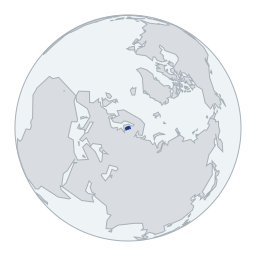 globe centered on Central Finland, rotated 71°
{"feature_id": "FIN-3177", "entity_name": "Central Finland", "entity_type": "Province", "adm_level": 1, "iso_a3": "FIN", "parent_name": "Finland", "parent_adm1": "", "projection": "orthographic", "projection_center": [25.479, 62.526], "detail": "fine", "context": "on_globe", "style": "filled", "palette": "blue", "viewbox_px": 256, "rotation_deg": 71, "n_neighbors": 0, "source": "natural_earth", "source_scale": "10m", "svg_char_len": 11218}
<svg xmlns="http://www.w3.org/2000/svg" viewBox="0 0 256 256"><g transform="rotate(71 128 128)"><circle cx="128" cy="128" r="113" fill="#eef3f6" stroke="#a8b0b8"/><path d="M25.2,82.0L27.1,78.1L44.9,52.0L48.1,48.7L50.2,46.8L66.8,35.3L54.7,42.7L59.1,39.2L64.6,35.5L63.9,36.3L70.9,33.0L76.3,30.2L84.9,28.5L90.6,31.5L87.4,32.2L89.2,33.0L93.3,32.2L95.6,31.5L107.2,34.4L120.9,34.4L125.2,32.2L124.3,34.5L132.3,29.2L139.7,28.5L131.4,30.6L130.6,32.0L135.6,32.1L135.8,33.5L138.4,34.4L138.3,36.2L133.4,37.5L133.2,38.7L136.8,38.7L138.9,40.6L133.7,40.3L136.8,43.7L129.3,46.8L115.5,45.3L111.3,49.1L97.0,53.2L98.3,54.5L93.8,57.1L93.6,59.7L91.0,59.8L93.1,61.8L95.5,61.1L97.2,61.8L97.3,63.3L94.0,63.7L93.5,63.0L92.5,64.0L90.9,63.6L91.8,64.6L87.8,65.1L91.8,66.9L88.7,69.1L86.1,68.8L86.2,65.9L80.4,58.5L77.8,57.6L73.8,59.1L66.7,67.9L63.8,68.3L60.0,70.9L61.6,72.0L65.2,70.3L67.2,73.2L71.4,71.0L72.8,71.9L77.1,71.1L76.6,74.4L73.7,78.3L70.1,79.2L68.8,81.0L72.3,82.8L65.6,87.4L61.4,95.5L59.7,96.4L56.2,93.1L56.0,86.0L51.4,82.3L54.5,88.0L50.1,90.5L49.4,92.4L49.7,94.3L51.4,94.7L49.9,96.4L46.4,91.1L47.6,89.6L48.8,91.2L48.6,87.9L46.2,84.7L44.2,86.4L42.7,80.2L41.2,81.4L40.1,80.8L42.5,79.3L38.1,82.0L36.0,76.2L30.0,81.2L35.8,73.6L37.8,69.6L39.8,65.3L38.8,66.0L42.7,59.7L44.0,56.0L41.0,57.4L37.0,62.0L32.9,68.4L33.3,68.8L31.2,73.3L29.3,74.1L25.2,83.1L23.7,85.6L22.0,89.9L20.8,93.7L19.2,99.1L19.3,100.3L18.9,104.5L17.6,107.5L18.4,107.8L17.5,112.2L17.4,122.9L17.1,122.7L16.9,135.3L18.6,147.0L19.0,151.5L18.6,151.7L19.7,155.6L19.7,156.6L25.7,172.1L30.2,181.6L31.1,184.6L29.3,182.3L25.5,174.6L22.2,166.7L19.6,158.5L17.6,150.1L16.2,141.6L15.5,133.1L15.4,124.5L16.0,115.9L17.3,107.4L19.2,99.0L19.7,97.1L20.5,94.3L20.6,93.9L25.2,82.0ZM28.5,82.1L23.8,94.3L24.9,88.8L25.0,89.5L26.5,86.1L28.7,80.6L30.1,76.2L28.5,82.1ZM30.0,84.2L30.6,82.3L30.2,84.0L30.0,84.2ZM96.6,31.0L93.4,32.1L89.6,32.3L92.2,31.3L96.6,31.0ZM103.9,31.1L102.4,31.9L100.6,30.7L102.0,30.6L103.9,31.1ZM128.2,30.4L125.5,30.6L128.0,30.0L128.2,30.4ZM138.8,34.3L139.5,33.8L140.5,34.5L138.8,34.3ZM77.2,69.3L77.1,70.2L76.3,69.9L77.2,69.3ZM79.0,68.2L78.1,67.2L78.9,66.5L79.4,67.1L79.0,68.2ZM141.3,37.9L142.7,39.2L140.4,38.0L141.3,37.9ZM80.0,69.5L80.3,65.4L81.7,64.3L84.9,65.7L80.0,69.5ZM143.0,40.1L146.7,43.6L148.5,42.8L145.4,47.1L143.3,42.7L140.2,41.3L142.5,41.2L143.0,40.1ZM96.2,60.3L93.6,61.0L95.6,59.1L96.2,60.3ZM97.1,58.9L100.8,52.1L104.7,51.9L102.6,54.1L107.5,52.8L107.5,56.0L104.8,57.5L102.3,57.0L104.2,58.6L97.1,58.9ZM143.1,49.1L143.3,50.1L142.2,49.3L143.1,49.1ZM98.0,61.9L98.4,60.5L101.8,60.2L101.5,62.9L100.5,62.2L98.0,61.9ZM108.8,51.0L111.2,51.3L111.9,54.0L112.9,54.5L107.8,56.1L108.8,51.0ZM99.8,63.0L101.3,64.4L99.8,65.9L97.8,63.3L99.8,63.0ZM102.8,59.0L104.3,59.0L103.4,59.9L102.8,59.0ZM95.4,72.4L95.9,70.6L97.6,70.2L95.4,72.4ZM102.0,64.8L102.5,64.2L103.2,63.9L103.9,65.1L102.0,64.8ZM108.7,57.9L108.4,59.0L110.8,57.3L111.4,59.3L107.9,60.1L109.6,60.6L109.8,61.2L106.7,61.2L108.7,57.9ZM106.8,65.5L102.6,67.3L101.4,70.6L99.7,71.0L102.0,65.6L106.8,65.5ZM107.0,63.0L106.5,64.6L104.8,64.2L104.0,62.8L107.0,63.0ZM113.1,60.5L113.0,57.2L113.8,57.1L113.1,60.5ZM106.8,66.5L107.9,66.1L106.9,66.8L106.8,66.5ZM111.5,62.4L111.4,61.2L112.3,61.2L111.5,62.4ZM110.0,66.2L108.6,66.7L108.1,65.8L110.0,66.2ZM111.0,64.5L112.2,64.8L108.7,65.1L110.8,64.0L111.0,64.5ZM112.4,62.6L112.9,62.2L112.3,63.1L112.4,62.6ZM112.9,69.5L108.6,70.2L107.4,68.1L111.7,67.7L112.9,69.5ZM110.1,239.2L102.2,235.9L105.4,234.5L104.4,232.3L95.7,224.7L97.6,221.3L95.2,218.9L90.4,218.0L87.6,215.0L84.6,213.9L66.1,207.2L60.4,200.8L53.6,185.4L56.9,182.9L57.5,177.1L80.4,166.8L85.3,170.4L103.4,172.9L105.6,174.2L103.6,179.3L117.2,187.6L121.5,183.6L133.8,187.0L141.9,186.1L144.8,175.8L131.4,177.1L129.1,172.1L139.7,166.7L151.3,165.4L150.8,163.5L143.4,160.1L146.0,155.7L140.8,158.6L143.0,160.4L139.8,162.3L137.6,160.8L138.6,159.2L135.1,158.6L131.2,166.4L132.9,169.1L123.7,170.6L125.8,175.3L123.3,177.5L118.9,170.3L119.3,167.6L111.2,158.9L110.0,161.8L117.5,170.3L115.2,169.5L113.5,173.7L112.9,169.9L105.0,160.1L96.7,160.0L86.1,168.0L81.2,166.9L77.1,162.8L80.9,152.5L91.4,156.0L92.9,152.6L90.7,146.1L94.1,147.8L94.5,145.6L98.5,146.6L104.0,142.6L108.0,142.9L110.2,136.3L112.5,135.6L110.6,139.7L111.4,142.8L121.4,143.6L123.3,142.2L123.9,137.9L126.5,138.8L125.8,134.5L131.6,132.8L124.0,131.4L124.5,126.6L127.9,122.9L126.7,121.1L121.2,127.2L120.1,129.8L121.5,132.5L117.5,139.8L114.1,140.7L113.1,132.2L108.1,132.7L109.5,126.1L123.7,113.5L129.7,111.0L139.6,116.9L138.2,120.1L134.0,119.6L137.9,124.5L137.6,122.0L139.8,122.8L140.9,118.6L142.5,119.0L140.7,114.4L142.8,114.4L143.9,117.3L147.2,111.3L151.6,110.2L151.6,108.7L150.3,107.4L156.7,107.0L156.4,106.0L154.2,105.6L152.1,103.3L151.0,99.1L153.3,99.2L154.0,100.7L158.9,104.2L160.4,108.4L161.2,108.0L160.5,104.4L154.5,100.2L153.2,97.6L156.2,99.2L155.0,98.4L155.1,97.2L157.3,96.1L154.0,94.3L151.5,81.3L155.5,78.2L158.5,80.9L159.2,72.5L163.7,70.0L161.6,69.6L160.6,65.6L159.2,66.3L158.1,65.9L154.8,56.3L155.7,54.3L152.0,50.2L150.9,50.0L150.0,51.3L145.4,47.1L148.5,42.8L150.7,43.2L151.2,40.3L156.2,41.9L160.5,42.0L165.8,45.7L168.8,45.6L168.6,44.5L172.5,43.7L181.2,46.1L175.0,49.0L162.1,47.1L167.4,48.2L166.4,49.5L168.5,50.9L172.3,51.6L172.5,50.7L179.8,60.3L189.3,66.2L188.0,61.7L190.0,60.2L199.8,63.7L212.7,78.7L215.5,77.5L217.6,78.9L219.2,82.9L216.3,81.0L215.5,83.3L213.6,81.7L215.2,87.8L212.6,85.8L215.2,91.7L217.3,91.7L216.8,86.9L220.2,93.0L223.2,91.2L226.7,93.9L231.8,107.2L232.5,116.7L233.2,118.2L231.9,120.0L232.5,126.1L236.9,126.3L237.7,128.2L237.6,137.9L237.1,136.8L233.6,141.7L234.7,147.3L237.5,144.6L238.4,146.3L237.1,149.8L235.9,148.5L234.6,150.1L233.7,145.9L230.3,142.9L228.9,148.5L227.8,146.0L222.8,145.5L220.1,153.3L216.6,169.1L218.1,175.9L216.0,181.6L208.5,177.9L204.9,172.4L202.4,175.5L194.6,173.9L181.6,181.8L179.6,180.5L177.2,182.9L171.7,183.1L168.6,180.5L165.3,182.0L173.6,188.7L177.1,186.9L179.8,181.7L181.5,184.5L186.8,184.6L181.5,195.4L162.0,209.4L159.8,204.4L143.8,190.6L144.2,188.4L144.1,188.2L143.9,187.8L142.6,191.5L139.8,188.2L148.6,199.4L150.2,204.1L161.7,209.8L160.7,210.9L164.3,211.4L175.7,205.3L175.8,207.0L170.6,216.4L154.6,229.0L156.6,232.5L155.3,235.3L145.1,238.4L145.8,239.1L140.5,239.9L140.2,240.0L130.2,240.6L120.1,240.4L110.1,239.2ZM72.6,175.4L72.0,177.1L72.6,175.4ZM163.9,168.8L170.7,166.6L167.2,161.1L169.6,159.8L167.5,158.4L167.0,160.7L161.9,156.6L164.7,153.5L163.6,150.7L161.3,151.3L157.0,157.8L164.2,163.6L162.8,166.9L163.9,168.8ZM17.5,123.2L17.3,125.0L17.2,123.3L17.5,123.2ZM24.2,89.1L23.6,91.3L23.0,92.8L23.3,91.3L24.2,89.1ZM21.3,107.2L21.0,110.0L21.0,107.6L21.3,107.2ZM23.3,96.1L21.5,105.1L21.4,100.9L22.7,95.3L22.3,98.5L23.3,96.1ZM28.6,84.6L28.0,86.1L27.6,86.1L28.6,84.6ZM29.7,85.4L29.7,85.0L30.4,83.9L29.7,85.4ZM50.3,90.8L50.5,91.3L50.5,93.4L49.7,92.6L50.3,90.8ZM54.7,101.4L52.2,103.8L53.5,101.5L52.0,100.9L52.8,95.4L58.9,96.6L56.0,97.0L54.7,101.4ZM55.5,88.6L54.3,91.8L55.4,88.3L55.5,88.6ZM92.9,133.3L94.2,135.3L92.7,137.5L87.6,137.5L89.8,134.2L92.9,133.3ZM96.5,137.6L96.9,129.5L100.0,129.3L98.2,130.8L100.3,131.5L97.8,134.0L100.5,142.0L99.3,144.5L90.6,142.8L94.1,141.9L92.5,139.9L96.5,137.6ZM92.3,110.4L92.5,107.3L99.1,110.9L98.1,113.5L93.0,113.5L91.1,110.5L92.3,110.4ZM85.5,72.9L85.2,71.7L86.1,71.6L87.1,72.4L85.5,72.9ZM95.5,71.6L88.0,77.9L87.2,76.9L83.8,82.0L80.4,81.3L82.7,78.0L77.6,81.4L78.3,78.1L75.0,80.8L80.6,73.4L81.1,70.7L81.8,73.9L84.9,74.6L86.4,74.1L91.0,70.7L93.5,65.3L97.0,65.3L98.8,66.7L98.7,68.0L96.5,67.6L98.0,69.6L94.7,70.0L95.5,71.6ZM117.7,85.2L115.1,83.8L117.6,88.6L114.3,88.7L114.8,89.3L112.4,90.8L110.4,93.6L108.9,93.2L108.8,94.4L107.2,95.5L106.5,97.2L103.6,97.0L102.5,99.1L101.7,97.9L100.6,101.4L100.1,98.8L98.0,100.0L99.6,101.9L85.5,98.1L80.0,98.8L75.6,100.9L75.3,96.2L79.2,91.3L85.1,87.2L90.4,87.3L89.3,85.2L91.6,84.7L91.5,86.5L93.0,83.4L94.8,83.5L100.0,80.3L100.9,75.9L102.9,74.7L103.4,76.4L104.9,74.0L107.3,76.5L108.7,75.8L112.4,77.6L112.6,81.5L114.2,80.4L117.1,81.8L117.7,85.2ZM113.9,70.1L114.9,74.7L113.6,77.1L107.6,73.0L106.0,73.3L102.1,70.9L104.1,67.6L105.0,68.6L106.4,68.8L105.2,69.7L107.2,69.1L108.5,70.4L110.4,70.3L110.2,71.8L113.9,70.1ZM108.2,172.5L110.0,173.0L112.7,173.2L111.7,175.9L108.2,172.5ZM102.7,166.0L104.3,165.9L104.2,169.7L102.4,169.2L102.7,166.0ZM105.2,162.8L104.4,165.6L103.7,163.8L105.2,162.8ZM112.1,139.4L113.8,139.1L113.9,140.2L113.0,141.6L112.1,139.4ZM124.3,100.0L123.0,98.7L123.5,98.1L122.8,94.2L125.1,93.9L126.5,96.1L124.3,100.0ZM142.5,177.9L140.1,180.1L138.9,179.3L139.9,178.7L142.5,177.9ZM125.2,178.8L129.1,180.0L124.8,179.5L125.2,178.8ZM126.7,99.0L126.1,97.4L127.7,98.2L126.7,99.0ZM126.8,93.5L128.7,94.1L125.3,93.4L126.8,93.5ZM173.9,229.0L165.6,234.2L160.5,235.8L159.9,235.7L163.2,233.3L169.2,230.6L172.3,228.3L173.9,229.0ZM238.3,150.8L237.1,154.8L233.2,157.4L234.7,154.0L238.3,148.1L238.2,149.5L239.0,147.0L238.7,149.0L238.3,150.8ZM240.0,139.8L239.9,139.0L240.0,136.3L240.3,133.8L239.8,118.9L239.9,116.7L240.4,121.9L240.4,121.3L240.6,130.5L240.0,139.8ZM218.5,176.1L221.0,177.4L219.6,179.8L218.5,176.1ZM238.4,111.3L239.4,117.5L238.2,110.9L238.4,111.3ZM237.0,106.3L237.5,107.2L237.2,107.7L237.0,106.3ZM234.3,119.8L234.1,122.8L233.5,122.0L233.4,117.8L234.3,119.8ZM229.3,96.3L231.3,98.7L232.0,100.0L230.9,99.8L229.3,96.3ZM146.2,95.0L144.6,100.6L145.0,104.7L147.7,106.9L143.2,106.3L142.6,100.0L146.2,95.0ZM150.7,83.0L148.3,81.2L149.7,80.5L150.5,80.8L150.7,83.0ZM148.9,83.0L145.2,83.7L144.1,81.7L147.3,81.5L148.9,83.0ZM136.0,91.2L135.4,92.9L134.1,92.1L136.0,91.2ZM238.4,105.8L238.5,106.9L239.0,110.4L237.3,102.2L237.7,102.5L238.4,105.8ZM237.6,104.2L238.2,107.4L237.2,103.2L237.6,104.2ZM238.1,107.4L237.5,106.4L237.4,104.5L238.1,107.4ZM237.4,102.9L236.4,100.2L236.8,100.5L237.4,102.9ZM236.1,104.3L236.7,102.1L236.9,106.8L234.4,102.9L234.1,100.4L236.1,104.3ZM218.4,74.6L217.0,74.1L216.1,71.7L217.3,72.7L218.4,74.6ZM211.6,63.8L215.3,70.9L218.1,76.8L218.4,75.8L221.1,78.7L219.4,79.4L215.7,73.9L214.0,69.7L211.5,67.7L208.9,64.0L205.9,62.8L204.0,60.9L206.2,60.7L211.6,63.8ZM204.7,62.5L198.6,59.7L197.8,56.1L199.0,55.9L202.1,58.7L202.3,60.4L204.7,62.5ZM196.9,58.0L197.0,59.7L188.4,60.0L186.4,59.2L192.6,56.8L193.0,58.3L195.3,58.9L196.9,58.0ZM144.4,49.9L143.4,50.1L143.9,49.3L144.4,49.9ZM157.4,66.4L156.0,65.6L156.7,64.6L157.4,66.4ZM152.6,63.1L152.8,64.7L151.7,62.9L152.6,63.1ZM153.3,68.5L152.4,65.4L154.7,68.4L153.3,68.5Z" fill="#d9dde1" stroke="#a8b0b8" stroke-width="1"/><path d="M128.6,126.2L128.5,126.3L128.6,126.6L128.6,126.8L128.7,127.0L128.8,127.1L128.7,127.2L128.6,127.3L128.8,127.5L129.0,127.6L129.0,127.8L128.9,128.0L129.0,128.1L129.1,128.3L129.0,128.5L128.9,128.5L128.7,128.8L128.8,129.0L128.8,129.3L128.9,129.5L129.0,129.6L129.0,129.8L128.9,129.7L128.8,129.8L128.8,129.7L128.7,129.7L128.6,129.8L128.6,129.7L128.4,129.5L128.4,129.4L128.3,129.5L128.2,129.6L128.0,129.9L128.0,130.0L127.9,130.0L127.5,130.1L127.5,129.9L127.4,129.9L127.4,129.7L127.5,129.8L127.5,129.7L127.5,129.4L127.5,129.2L127.4,128.9L127.3,129.0L127.3,128.9L127.2,128.8L127.2,128.7L126.9,128.7L126.7,128.5L126.7,128.4L126.8,128.2L127.0,128.1L127.1,127.9L127.2,127.7L127.0,127.4L127.1,127.2L126.9,127.0L126.9,126.9L127.0,126.9L127.2,126.7L127.2,126.8L127.3,126.8L127.3,126.7L127.4,126.4L127.5,126.2L127.7,125.9L127.8,125.9L128.0,126.0L128.3,126.1L128.5,126.2L128.6,126.2Z" fill="#3b82f6" stroke="#1e3a8a" stroke-width="1.5"/></g></svg>